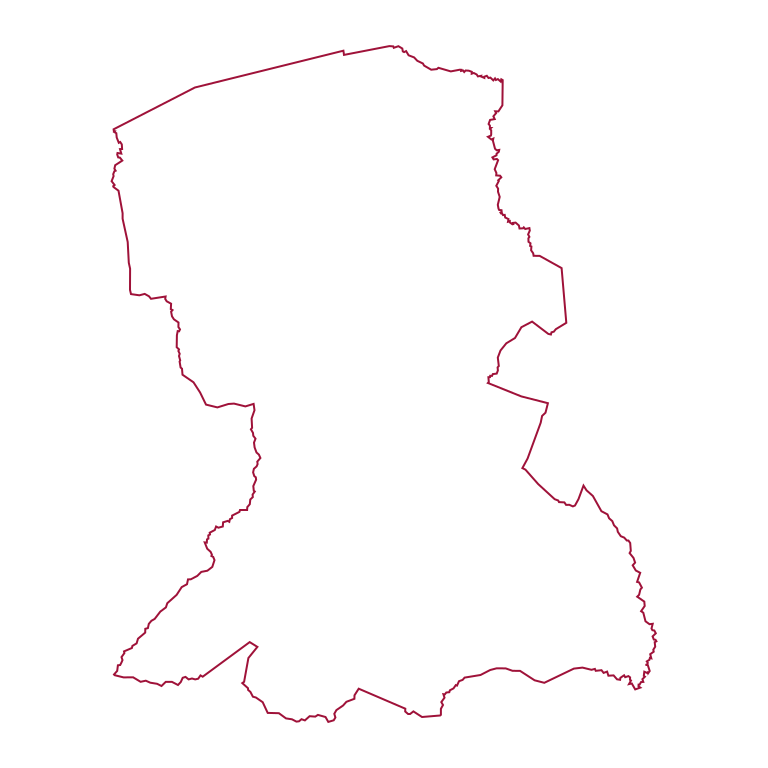 outline of Kalomo, Southern, Zambia
{"feature_id": "96606910B45059584224762", "entity_name": "Kalomo", "entity_type": "district", "adm_level": 2, "iso_a3": "ZMB", "parent_name": "Zambia", "parent_adm1": "Southern", "projection": "robinson", "projection_center": [26.465, -16.838], "detail": "fine", "context": "isolated", "style": "outline", "palette": "rose", "viewbox_px": 768, "rotation_deg": 0, "n_neighbors": 0, "source": "geoboundaries", "source_scale": "gbopen_adm2", "svg_char_len": 6068}
<svg xmlns="http://www.w3.org/2000/svg" viewBox="0 0 768 768"><path d="M502.7,80.1L501.3,79.3L500.7,81.6L497.9,79.1L495.9,80.0L495.0,78.4L493.3,80.4L490.4,77.6L488.5,78.0L486.8,75.8L484.3,76.7L484.3,77.9L481.0,76.5L481.2,75.8L477.9,76.4L476.7,74.5L473.8,73.0L471.7,73.7L471.8,71.8L468.8,70.7L465.6,70.5L464.2,72.0L463.1,70.5L461.2,70.9L461.4,69.8L459.8,69.7L450.8,71.4L438.4,67.8L436.9,69.1L431.2,69.7L424.1,65.6L422.9,63.5L417.3,60.8L414.1,57.4L408.6,55.3L406.1,51.1L404.1,52.1L402.8,51.4L402.3,48.5L398.4,46.2L393.8,47.8L393.3,46.4L389.4,46.1L344.0,54.9L343.4,50.7L194.9,87.5L113.6,129.3L113.8,130.9L114.9,131.2L114.2,132.0L116.3,133.2L116.7,137.5L118.8,142.8L120.2,142.0L121.8,144.4L122.1,149.0L120.0,149.1L121.3,153.6L117.5,153.0L117.2,154.5L118.2,157.4L119.9,157.6L122.3,160.6L115.2,165.2L114.4,168.7L115.6,170.7L114.4,171.2L113.2,174.2L113.6,176.1L111.6,181.2L114.6,185.0L113.2,186.2L113.5,187.0L118.5,190.7L122.6,213.2L122.6,218.7L127.7,242.0L128.8,262.8L130.1,268.7L130.0,289.9L131.0,294.1L139.4,295.3L144.7,293.9L149.0,296.3L151.0,298.8L165.6,296.5L165.2,298.9L166.7,301.3L171.1,303.7L170.8,309.1L172.5,310.1L171.1,311.7L172.0,316.3L173.9,319.3L178.5,322.5L178.4,327.0L180.0,329.4L179.1,331.3L177.7,331.1L176.9,335.3L176.7,347.2L179.0,349.4L178.4,351.0L179.7,353.8L179.0,356.0L180.2,360.4L179.6,361.5L180.6,367.5L182.0,368.7L182.5,374.7L193.5,382.3L200.1,392.5L206.0,404.6L217.4,407.4L228.4,404.0L234.0,403.6L245.4,406.4L253.6,403.9L254.5,410.2L251.6,418.5L252.1,427.8L250.9,429.3L253.0,432.9L253.3,435.8L255.5,438.7L254.0,442.6L254.6,447.4L256.5,452.5L258.9,454.6L260.4,458.0L257.3,461.6L257.6,464.1L256.6,466.4L253.9,468.8L253.1,472.4L254.3,476.1L255.8,477.3L256.1,479.7L253.3,486.1L253.8,490.8L254.8,491.5L252.6,494.5L252.8,497.1L250.3,499.5L249.8,504.2L247.3,507.1L247.1,510.0L240.0,510.0L239.4,511.9L232.1,515.6L232.1,518.0L229.9,519.2L229.3,521.8L227.7,520.9L223.1,522.3L222.8,526.5L218.4,527.7L216.1,526.5L214.8,530.0L209.7,532.7L210.0,534.5L208.3,535.4L208.4,538.6L207.0,539.4L206.8,542.6L204.7,542.4L207.2,548.7L210.6,551.8L211.9,554.6L211.4,556.0L213.2,556.9L214.5,560.1L212.3,566.9L207.4,570.7L201.3,571.9L197.3,575.9L190.8,579.3L188.0,579.4L187.0,584.2L181.7,587.1L176.6,594.9L167.3,603.2L165.9,607.4L160.3,611.6L154.7,618.9L151.4,620.8L148.8,623.9L147.9,628.1L145.3,628.8L145.2,632.6L138.0,638.7L136.6,643.4L132.4,645.9L131.9,648.0L124.0,651.4L124.4,653.1L121.5,657.1L122.5,660.1L121.6,662.2L120.2,665.0L117.9,665.3L117.2,670.9L114.0,674.5L114.7,675.2L123.6,677.4L133.1,677.3L140.6,681.8L145.8,680.7L150.3,682.7L157.1,683.8L161.5,686.0L165.7,681.9L172.0,681.9L178.0,685.0L180.8,682.0L182.7,677.8L185.5,676.9L188.6,679.4L192.0,678.5L195.2,679.4L198.2,678.7L200.5,675.4L202.7,676.7L249.7,642.1L257.4,646.9L248.4,658.0L244.1,681.8L242.3,683.1L248.0,688.2L248.1,689.9L250.4,691.9L252.9,696.7L255.9,697.5L262.7,702.2L267.7,712.9L278.9,713.2L286.0,718.4L292.0,719.3L296.4,721.6L299.0,721.3L301.5,719.2L304.9,720.4L309.6,716.2L315.3,716.6L317.9,714.9L325.5,717.0L328.3,721.9L333.7,720.3L335.4,717.5L334.3,713.8L336.4,710.1L343.1,705.5L346.4,701.8L354.4,698.8L354.5,695.3L358.7,688.7L405.3,708.7L405.2,711.5L408.1,714.0L410.1,714.0L413.4,711.4L422.0,717.0L440.1,715.5L440.9,714.8L440.9,708.8L443.0,705.0L441.3,702.1L444.5,697.7L443.4,694.2L444.8,694.4L446.3,692.5L449.3,692.2L449.9,690.3L453.5,688.4L455.8,685.1L457.0,685.6L459.0,681.2L462.6,679.9L464.6,677.6L480.5,675.0L490.2,670.0L496.7,668.3L505.7,668.4L512.5,670.8L520.1,670.9L534.6,680.3L544.3,682.8L573.9,668.6L582.5,667.6L591.5,669.8L594.9,668.9L595.7,670.8L601.5,670.2L603.6,672.9L607.1,671.6L608.4,675.7L613.6,675.4L617.0,679.3L620.1,679.8L620.4,677.8L624.1,675.3L625.2,677.2L628.4,676.1L630.1,677.4L630.0,679.8L631.0,680.5L629.0,684.1L631.8,683.5L635.2,689.4L640.3,687.6L638.5,686.3L638.6,684.6L639.6,684.6L641.0,682.1L643.3,681.9L642.4,679.2L644.9,676.7L643.8,675.9L644.3,671.7L647.5,673.1L648.1,671.5L648.3,673.0L649.7,671.0L647.8,665.1L645.5,664.9L647.1,664.5L647.8,662.9L646.8,661.4L649.4,659.8L649.9,657.9L651.3,658.3L650.2,654.2L653.7,651.7L653.3,649.7L655.2,646.7L654.7,642.2L656.4,641.3L655.5,639.8L653.8,639.5L652.6,636.4L655.8,633.3L654.3,630.5L652.4,630.2L651.5,628.5L652.7,623.8L649.5,624.2L645.5,621.3L643.3,612.7L641.1,611.2L644.7,606.0L644.3,601.6L637.2,596.7L639.1,594.8L640.4,589.4L641.9,587.7L639.1,582.4L637.1,581.9L640.2,572.8L635.8,570.5L632.7,565.3L635.1,562.6L633.5,557.9L629.6,553.1L630.8,550.9L630.2,543.0L628.4,540.5L626.8,540.5L624.2,537.6L620.8,536.2L617.8,531.8L617.1,528.4L614.0,525.3L612.3,521.1L609.1,518.3L607.5,514.4L601.4,511.2L592.9,496.0L586.5,490.3L583.5,485.6L578.5,499.1L575.0,505.5L572.9,506.4L569.3,504.8L566.1,504.9L564.4,502.4L559.0,502.1L558.2,500.5L554.7,499.2L538.1,484.0L525.4,469.6L522.4,468.1L527.6,458.5L540.7,422.7L542.1,415.9L545.5,412.7L547.9,403.2L521.3,396.4L487.9,383.0L488.8,382.0L488.4,377.2L490.0,377.1L490.2,375.8L492.0,375.9L492.8,374.1L496.7,373.6L497.9,370.4L497.6,367.4L498.8,366.0L497.8,357.6L500.5,350.5L506.3,343.3L515.0,338.0L521.4,327.2L532.1,321.6L548.3,333.9L550.9,334.5L551.5,332.3L553.8,331.7L555.8,329.2L566.3,322.8L561.6,268.1L539.7,255.9L533.6,255.8L533.2,253.3L531.1,250.3L531.4,246.5L530.1,245.9L530.5,243.3L528.5,241.8L528.4,238.3L529.4,236.9L528.1,234.4L529.8,230.6L529.4,228.1L525.2,229.0L523.8,227.4L523.1,228.3L519.5,228.5L518.9,225.5L515.6,222.6L513.0,222.9L513.3,224.1L512.4,224.3L509.8,222.4L509.8,221.1L508.0,221.7L508.5,219.1L505.2,217.5L504.7,214.9L503.0,215.1L502.1,213.4L501.1,213.5L500.5,212.6L501.7,212.0L501.5,210.2L499.2,210.0L498.5,208.6L497.8,204.8L499.7,196.9L498.0,191.7L498.1,188.6L496.3,185.8L498.8,181.0L498.2,180.3L501.3,177.3L500.1,175.7L496.2,175.4L496.4,173.0L494.7,169.2L498.1,160.2L496.9,159.0L493.6,159.4L492.4,157.4L496.5,155.3L496.6,153.7L498.8,151.8L499.2,149.9L496.7,150.3L495.0,148.7L492.9,140.7L493.3,138.6L491.4,139.5L488.0,136.8L490.9,135.6L491.2,134.4L491.2,130.3L490.0,129.0L491.0,128.0L489.9,128.0L489.9,125.6L488.6,124.0L490.1,119.9L494.7,119.1L493.4,116.3L496.1,113.1L495.2,111.3L498.4,111.4L502.4,105.3L502.7,80.1Z" fill="none" stroke="#9f1239" stroke-width="2"/></svg>